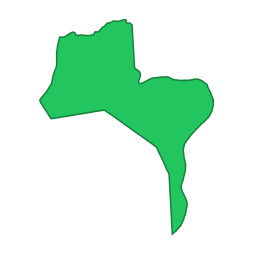 Aguacatán, Huehuetenango, Guatemala, rotated 177°
{"feature_id": "79465075B67295913435518", "entity_name": "Aguacatán", "entity_type": "district", "adm_level": 2, "iso_a3": "GTM", "parent_name": "Guatemala", "parent_adm1": "Huehuetenango", "projection": "orthographic", "projection_center": [-91.279, 15.403], "detail": "fine", "context": "isolated", "style": "filled", "palette": "green", "viewbox_px": 256, "rotation_deg": 177, "n_neighbors": 0, "source": "geoboundaries", "source_scale": "gbopen_adm2", "svg_char_len": 1970}
<svg xmlns="http://www.w3.org/2000/svg" viewBox="0 0 256 256"><g transform="rotate(177 128 128)"><path d="M204.3,141.3L182.3,143.6L180.0,143.9L163.2,145.8L161.1,146.1L157.9,146.4L150.7,147.1L140.2,139.1L121.3,123.9L110.9,115.8L100.5,107.4L98.2,101.5L97.4,99.6L94.2,91.9L93.7,90.7L91.9,85.5L91.1,83.7L90.5,82.4L89.9,81.1L89.4,79.5L89.3,19.7L85.3,22.8L80.5,27.7L77.9,32.6L77.0,34.2L76.7,35.8L75.0,39.1L74.8,41.2L73.1,46.9L73.0,49.1L73.3,52.2L74.3,54.8L75.2,57.4L76.5,60.4L77.4,62.6L78.0,66.4L77.6,68.4L77.3,69.6L76.7,71.0L75.9,72.7L74.9,76.1L72.9,82.6L72.5,86.6L72.4,89.2L73.6,95.7L73.9,102.3L73.7,104.8L72.4,109.0L69.6,112.9L67.4,115.4L64.8,118.5L62.4,120.6L60.4,122.7L54.6,128.0L51.7,130.2L49.6,132.2L46.7,134.9L43.4,140.3L41.6,146.6L41.4,151.8L43.9,159.3L46.0,164.1L46.5,166.1L46.6,167.1L51.9,171.5L55.5,173.1L58.7,173.3L63.8,172.5L73.3,172.8L80.0,173.9L84.9,176.7L87.1,177.1L92.4,177.1L96.0,176.8L99.2,176.7L100.7,176.5L102.1,176.3L110.5,172.5L112.0,172.0L112.9,171.8L113.5,171.8L114.3,171.9L114.7,172.2L114.8,172.8L114.9,173.8L114.7,175.0L114.0,176.7L113.0,179.3L112.9,181.9L113.4,183.2L114.7,184.7L117.5,186.7L117.9,187.3L118.1,187.9L118.3,189.0L118.6,230.9L119.8,231.8L120.2,232.2L120.6,232.7L123.0,232.8L123.6,233.0L124.1,233.3L124.4,233.6L124.6,234.0L124.2,235.0L124.3,235.7L124.7,236.0L125.0,236.3L125.4,236.3L127.7,236.1L131.6,235.0L137.3,235.6L139.6,234.2L142.9,233.9L143.7,233.5L146.3,230.7L148.1,230.0L148.9,229.1L150.1,228.0L152.6,225.6L156.2,225.6L156.8,223.9L157.9,222.9L162.9,222.3L167.9,223.1L171.1,223.3L173.8,223.1L174.4,223.2L174.9,223.6L175.2,224.1L175.8,225.5L177.2,226.5L178.3,226.6L180.2,225.9L182.3,224.8L185.8,222.7L188.5,222.0L191.2,222.5L192.3,219.7L194.0,213.9L195.4,206.5L195.8,195.9L196.3,193.2L196.7,191.9L197.4,190.5L198.2,188.8L199.9,184.5L202.1,176.1L207.6,168.4L210.9,164.8L212.9,162.7L214.6,160.5L213.8,157.6L211.7,154.4L210.5,151.9L207.2,146.6L205.4,143.0L204.3,141.3Z" fill="#22c55e" stroke="#15803d" stroke-width="1.5"/></g></svg>